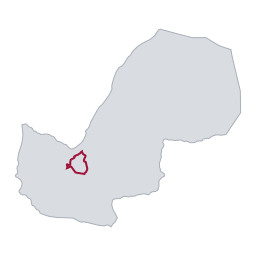 where Cordillera sits in Paraguay, rotated 90°
{"feature_id": "PRY-604", "entity_name": "Cordillera", "entity_type": "Department", "adm_level": 1, "iso_a3": "PRY", "parent_name": "Paraguay", "parent_adm1": "", "projection": "robinson", "projection_center": [-57.018, -25.289], "detail": "fine", "context": "in_parent", "style": "outline", "palette": "rose", "viewbox_px": 256, "rotation_deg": 90, "n_neighbors": 0, "source": "natural_earth", "source_scale": "10m", "svg_char_len": 4301}
<svg xmlns="http://www.w3.org/2000/svg" viewBox="0 0 256 256"><g transform="rotate(90 128 128)"><path d="M134.8,39.3L135.3,41.3L135.6,42.8L136.4,43.9L137.2,45.3L137.9,46.1L138.5,47.5L138.3,49.0L138.7,51.0L139.0,52.7L139.4,53.2L140.6,53.6L141.1,55.2L140.7,56.0L140.9,56.9L141.3,57.7L140.9,58.6L141.1,59.3L141.9,59.8L142.6,62.0L142.7,65.7L141.9,67.7L141.3,69.3L141.1,70.3L141.6,71.7L140.8,73.4L139.9,75.5L140.1,77.0L140.3,78.3L140.3,79.8L140.6,81.1L140.3,82.5L140.0,83.8L139.8,85.3L140.2,86.9L139.5,88.4L139.1,89.5L138.9,90.6L139.7,92.3L141.4,93.0L142.8,93.2L144.2,92.3L145.2,92.0L147.1,92.8L148.8,94.3L150.9,94.4L152.9,94.7L154.4,95.2L156.6,94.6L158.8,95.2L161.5,96.0L163.6,96.7L165.8,96.5L167.5,96.4L169.2,95.6L170.8,95.7L172.1,94.3L172.8,93.0L173.4,92.1L175.2,91.4L176.4,91.8L177.4,94.2L179.2,95.5L179.9,96.5L181.2,97.0L184.1,97.1L185.9,97.0L187.9,97.7L189.3,97.7L190.4,98.9L191.5,100.5L191.7,103.3L192.7,105.4L194.0,106.3L194.7,107.6L194.4,109.5L193.8,111.4L193.9,113.5L194.6,115.4L194.6,117.2L195.0,119.1L196.0,120.8L196.3,123.4L196.1,125.3L196.7,126.3L197.0,127.9L196.6,129.1L196.4,130.9L196.5,132.4L197.0,133.6L198.3,135.3L198.7,138.2L198.7,140.1L199.3,142.5L200.5,143.6L202.4,143.9L204.5,144.3L207.2,143.7L209.5,143.1L210.8,142.5L213.4,140.8L215.6,139.8L216.8,139.1L217.9,138.7L220.1,139.8L222.2,141.1L223.9,143.0L226.9,145.1L226.3,145.6L225.1,147.3L225.1,149.3L225.9,152.1L225.1,158.2L222.8,167.4L221.8,172.8L222.2,174.4L221.3,177.1L218.1,182.8L217.9,186.7L217.5,198.5L216.4,206.7L214.5,212.8L212.9,216.1L211.4,216.5L210.3,217.4L209.7,219.0L208.5,220.3L206.7,221.3L205.7,222.4L205.6,223.7L203.9,224.5L200.7,224.8L198.8,225.8L198.2,227.4L197.2,228.7L195.6,229.6L194.8,231.2L194.9,233.4L194.0,235.3L192.1,236.9L190.3,236.9L188.7,235.4L186.6,234.4L183.9,233.9L181.6,234.3L179.8,235.5L178.2,237.5L176.8,240.2L175.3,240.6L173.5,238.8L171.4,238.3L168.8,239.0L166.7,238.8L165.1,237.6L162.8,237.4L159.6,238.4L153.1,237.3L143.3,234.2L135.0,233.0L124.8,234.1L123.9,230.9L124.5,229.1L126.1,227.8L127.1,226.4L127.6,224.7L128.7,223.4L130.6,222.6L131.3,221.7L131.1,220.8L131.4,220.0L132.5,219.3L133.1,218.2L133.3,216.7L133.7,216.0L134.4,215.5L134.5,214.4L134.0,211.3L134.1,208.7L134.6,206.7L135.2,205.5L135.7,205.2L136.1,204.4L136.2,203.2L136.9,202.1L140.1,199.7L141.4,198.5L141.5,197.3L141.9,195.8L143.9,192.4L144.5,190.8L144.5,190.0L145.2,189.2L147.5,187.4L148.8,185.6L149.0,184.0L148.4,182.1L147.1,180.0L142.9,174.8L139.7,172.4L135.5,170.4L132.8,169.8L131.5,170.5L130.2,169.9L128.8,168.2L126.6,166.8L121.8,165.2L110.9,159.1L106.5,156.2L105.1,154.3L101.0,151.1L94.3,146.4L89.2,144.1L85.6,144.2L79.9,142.8L72.0,139.9L67.5,137.1L66.3,134.4L63.3,131.7L58.7,129.0L56.3,127.2L56.1,126.4L54.8,125.3L52.2,123.9L49.4,121.5L46.3,118.2L43.0,113.0L39.5,106.0L35.7,101.3L31.7,98.8L29.7,97.2L29.7,96.4L29.1,95.7L29.6,94.3L31.0,89.0L33.1,81.3L35.2,73.3L37.7,63.9L37.6,57.2L37.6,50.1L41.2,44.3L43.7,40.2L45.9,36.3L48.2,29.6L49.6,25.1L55.4,24.1L65.3,21.8L70.2,20.6L80.5,18.2L91.0,15.7L102.0,15.5L112.7,15.4L121.0,20.9L127.3,25.2L134.3,29.8L134.7,30.9L135.2,34.8L134.8,39.3Z" fill="#d9dde1" stroke="#a8b0b8" stroke-width="1"/><path d="M174.0,171.6L172.8,178.9L172.4,180.6L166.6,184.8L166.5,185.0L166.5,185.3L166.6,185.6L168.0,188.6L168.1,188.9L167.1,188.5L166.9,188.4L166.7,188.4L166.4,188.5L166.2,188.7L166.1,188.8L165.9,189.0L165.7,189.0L165.4,189.1L164.7,189.1L164.3,188.9L164.3,188.7L164.7,188.2L164.9,187.9L165.0,187.7L165.0,187.4L164.8,187.1L164.8,186.9L164.7,186.2L164.6,185.9L164.4,185.8L164.1,185.7L163.9,185.7L162.2,185.8L161.5,185.7L161.0,185.5L160.7,185.4L160.1,185.4L159.7,185.1L159.5,184.9L158.4,182.6L157.9,181.8L157.6,181.5L157.4,181.5L157.1,181.8L156.9,181.9L156.7,181.9L156.4,181.7L156.2,181.3L155.3,179.8L155.2,179.3L155.1,178.8L155.0,178.5L154.7,178.0L154.0,177.2L153.3,175.9L153.1,175.7L152.1,175.0L151.5,174.1L152.3,174.1L152.9,173.5L153.1,173.4L153.3,173.3L153.6,173.2L153.9,173.0L154.1,172.8L155.2,171.2L155.5,170.6L156.0,170.5L156.7,170.7L157.2,170.8L157.6,171.1L159.1,171.8L159.9,172.1L160.4,172.1L160.8,172.1L161.3,171.9L161.5,171.7L161.7,171.4L161.7,171.2L161.6,170.9L161.7,170.6L161.8,170.4L162.0,170.3L162.2,170.2L162.5,170.1L166.2,169.3L167.5,168.9L169.1,168.7L169.4,168.8L171.6,169.7L172.0,170.0L172.9,171.1L173.0,171.1L174.0,171.6Z" fill="none" stroke="#9f1239" stroke-width="2"/></g></svg>